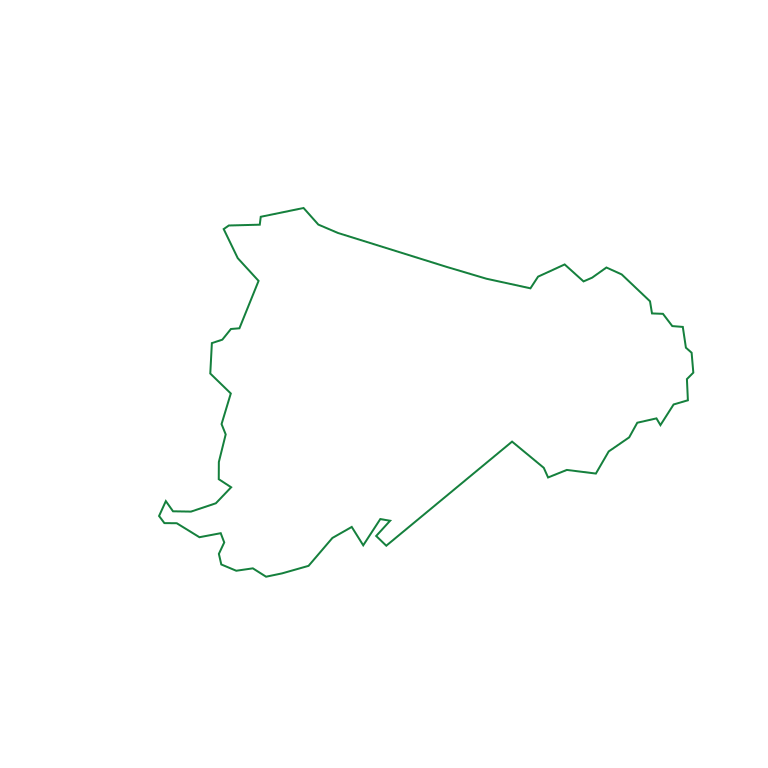 Raleigh, West Virginia, United States of America (Albers equal-area conic projection), rotated 136°
{"feature_id": "52423323B5491062021633", "entity_name": "Raleigh", "entity_type": "district", "adm_level": 2, "iso_a3": "USA", "parent_name": "United States of America", "parent_adm1": "West Virginia", "projection": "albers", "projection_center": [-81.215, 37.749], "detail": "fine", "context": "isolated", "style": "outline", "palette": "green", "viewbox_px": 768, "rotation_deg": 136, "n_neighbors": 0, "source": "geoboundaries", "source_scale": "gbopen_adm2", "svg_char_len": 1066}
<svg xmlns="http://www.w3.org/2000/svg" viewBox="0 0 768 768"><g transform="rotate(136 384 384)"><path d="M479.4,533.0L501.7,512.2L500.8,483.6L528.7,468.0L532.9,457.7L557.0,442.6L569.0,430.3L565.7,415.9L587.8,415.0L611.5,426.3L624.2,439.0L622.3,451.3L637.5,445.3L638.6,436.5L629.8,427.8L623.2,402.0L605.1,390.1L609.0,381.0L620.8,376.5L626.4,367.2L620.0,352.3L606.4,342.5L602.7,327.3L588.9,318.6L564.6,305.6L528.1,309.1L506.5,303.6L511.0,282.4L480.5,289.4L474.6,281.4L495.2,280.1L494.7,266.1L331.9,253.6L327.3,212.7L330.9,202.8L312.2,195.2L293.8,172.4L269.2,179.4L244.7,175.3L228.7,180.2L211.9,170.0L213.7,162.4L189.9,168.1L176.7,161.2L162.7,177.1L153.6,177.3L141.0,192.8L141.6,200.4L129.4,217.5L136.4,225.4L134.6,240.7L142.2,248.6L135.2,258.7L136.9,297.7L143.1,313.3L160.4,315.9L169.2,319.2L171.0,344.5L198.6,354.2L212.2,351.1L237.2,388.6L257.3,424.2L312.2,524.6L320.5,544.3L319.6,566.5L356.5,589.9L362.7,584.9L385.5,605.8L391.7,606.8L401.8,576.1L402.6,545.3L449.3,524.5L455.9,529.9L469.5,528.2L479.4,533.0Z" fill="none" stroke="#15803d" stroke-width="2"/></g></svg>